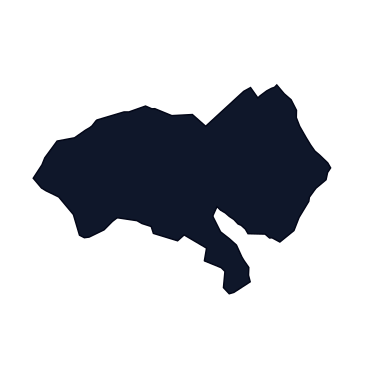 outline of Nsit Ubium, Akwa Ibom, Nigeria, rotated 152°
{"feature_id": "59680162B36558878931890", "entity_name": "Nsit Ubium", "entity_type": "district", "adm_level": 2, "iso_a3": "NGA", "parent_name": "Nigeria", "parent_adm1": "Akwa Ibom", "projection": "orthographic", "projection_center": [7.956, 4.76], "detail": "fine", "context": "isolated", "style": "filled", "palette": "ink", "viewbox_px": 384, "rotation_deg": 152, "n_neighbors": 0, "source": "geoboundaries", "source_scale": "gbopen_adm2", "svg_char_len": 1280}
<svg xmlns="http://www.w3.org/2000/svg" viewBox="0 0 384 384"><g transform="rotate(152 192 192)"><path d="M311.6,206.7L308.5,202.2L304.0,200.5L287.4,199.9L276.1,203.4L270.8,204.3L269.7,204.1L254.0,192.5L251.0,187.7L244.2,180.7L245.5,173.6L227.6,155.7L219.1,157.8L205.5,135.6L213.3,125.5L213.3,125.3L201.7,111.4L200.2,106.4L209.1,92.8L206.9,84.7L202.2,83.7L182.8,85.4L181.2,92.0L177.3,98.7L178.3,107.1L178.5,111.3L177.7,124.3L181.0,133.3L185.5,143.4L185.1,160.2L184.4,161.5L176.8,167.4L175.3,162.6L172.4,157.9L170.5,152.9L167.9,148.1L166.3,142.1L164.2,139.5L162.3,134.2L162.1,128.9L147.2,120.5L145.1,115.0L142.8,114.0L137.9,106.6L120.1,110.1L109.4,119.3L93.3,128.9L90.8,132.3L83.5,135.9L80.7,137.2L67.9,139.9L63.1,145.6L58.3,148.2L58.5,154.0L61.9,164.4L64.3,170.5L65.2,177.8L65.7,186.4L66.1,199.5L65.0,208.7L61.4,215.1L61.2,226.9L64.5,235.5L66.9,246.7L70.0,245.7L73.1,246.2L78.6,246.2L87.0,244.9L89.7,244.1L91.3,256.7L99.0,256.6L103.3,255.5L149.1,243.6L155.3,260.2L174.0,268.9L185.7,283.0L188.4,284.3L192.7,289.7L210.1,292.3L214.4,294.6L242.1,300.2L243.4,299.9L249.2,297.3L252.0,296.8L257.1,296.6L270.3,295.0L287.2,300.3L305.9,291.3L311.7,286.4L325.7,278.7L323.0,266.2L320.3,261.6L312.0,250.2L307.3,227.8L311.6,206.7Z" fill="#0f172a" stroke="#020617" stroke-width="1.5"/></g></svg>